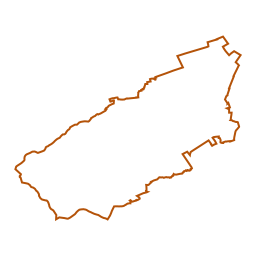 Sansimion, Harghita, Romania
{"feature_id": "2599482B56401198532515", "entity_name": "Sansimion", "entity_type": "district", "adm_level": 2, "iso_a3": "ROU", "parent_name": "Romania", "parent_adm1": "Harghita", "projection": "natural_earth1", "projection_center": [25.853, 46.241], "detail": "fine", "context": "isolated", "style": "outline", "palette": "amber", "viewbox_px": 256, "rotation_deg": 0, "n_neighbors": 0, "source": "geoboundaries", "source_scale": "gbopen_adm2", "svg_char_len": 5667}
<svg xmlns="http://www.w3.org/2000/svg" viewBox="0 0 256 256"><path d="M56.1,219.3L59.3,217.4L64.6,218.1L66.9,218.6L67.7,218.7L68.2,218.6L70.3,217.5L74.9,214.2L75.6,213.4L76.4,212.3L77.1,211.6L77.8,210.9L79.4,209.7L81.1,209.4L83.4,209.2L85.6,209.6L86.4,209.9L87.1,210.3L88.2,211.0L89.1,211.5L91.1,212.3L91.8,212.7L94.2,213.8L95.1,214.1L97.1,214.7L97.6,214.8L98.3,215.0L98.8,215.3L99.3,215.6L100.8,216.6L101.7,217.1L102.7,217.5L103.4,217.9L105.3,218.3L106.6,218.8L107.6,219.4L110.0,215.6L111.1,213.1L111.8,211.1L113.4,207.8L114.1,206.4L116.8,206.3L118.8,206.4L122.0,206.3L123.1,206.1L124.0,205.8L124.9,205.2L125.4,205.0L125.8,204.8L126.2,204.4L126.7,204.2L127.0,203.9L127.5,203.6L127.9,203.5L128.5,203.5L129.8,203.2L130.4,203.3L130.5,202.4L131.0,201.8L129.8,200.6L130.5,200.2L132.1,201.7L133.0,201.5L134.1,201.1L135.1,200.9L135.7,200.3L136.3,200.5L136.8,199.9L137.4,200.1L138.4,199.6L139.7,198.7L139.4,197.6L137.0,195.9L142.8,193.4L143.5,193.1L144.1,193.0L146.7,192.3L147.5,191.9L146.2,191.6L146.0,190.7L146.5,190.4L146.5,189.9L146.5,189.5L146.5,188.8L146.4,186.3L146.2,184.9L148.2,185.0L148.6,184.8L149.6,184.0L149.8,183.5L151.3,182.4L151.0,181.8L151.8,181.5L153.7,180.5L157.2,179.4L157.4,179.3L157.7,178.9L158.6,178.0L159.3,177.3L159.6,177.4L160.3,177.3L161.0,177.5L162.0,177.3L162.7,177.3L163.0,177.4L163.7,177.8L164.6,177.6L164.9,177.4L166.3,177.1L166.8,177.3L167.1,177.4L167.8,177.3L168.9,177.3L169.0,177.4L169.4,177.4L169.8,177.8L170.1,177.7L170.4,177.6L170.5,177.5L170.9,177.4L171.0,177.4L171.0,177.1L171.4,177.0L172.1,176.3L172.1,176.1L172.2,175.9L172.5,175.7L172.7,175.9L172.9,175.7L173.0,175.7L173.0,175.4L173.3,175.4L173.4,174.9L173.5,174.7L173.9,174.7L174.0,174.6L173.6,174.3L173.7,174.0L174.0,174.2L174.5,174.5L176.3,174.6L180.1,173.8L182.2,173.6L182.5,173.4L182.6,173.2L182.5,172.9L182.6,172.7L182.8,172.6L183.1,172.3L183.5,172.2L183.4,171.9L184.0,171.2L184.9,171.0L185.3,170.8L185.5,170.6L185.9,170.3L186.0,170.4L186.0,170.5L186.5,170.9L186.7,171.0L186.9,170.9L187.1,170.7L187.3,170.3L187.6,170.0L187.8,170.0L188.1,170.2L188.2,170.3L188.6,170.6L189.1,170.5L189.4,170.7L189.6,170.7L189.7,170.3L190.3,170.1L191.0,169.6L190.7,169.0L191.9,168.3L191.6,167.4L190.2,165.3L188.8,163.2L182.6,154.1L187.2,151.7L189.9,155.1L190.0,154.3L190.7,152.0L192.3,150.9L208.6,140.4L211.2,144.0L211.0,144.3L212.1,145.8L213.7,144.8L214.8,144.3L216.4,143.7L215.0,141.0L213.3,138.7L212.6,137.8L213.1,137.5L213.3,137.2L215.6,136.8L218.8,136.5L218.7,138.0L219.8,138.1L220.2,139.0L220.5,139.8L220.6,140.1L220.6,140.8L220.4,142.0L220.5,142.4L221.3,142.8L222.6,143.0L223.2,143.0L223.2,142.9L223.2,142.7L223.2,142.3L224.5,141.9L225.4,141.5L226.0,141.6L226.4,141.6L227.0,141.4L230.2,141.1L230.2,141.5L230.7,141.4L231.1,141.2L234.2,140.1L234.1,139.0L234.3,137.2L235.3,132.3L235.5,131.5L235.9,130.6L236.2,130.2L236.8,129.6L238.8,127.2L239.1,126.8L239.1,126.5L238.2,123.6L237.9,122.3L236.9,121.9L236.3,122.0L235.6,121.9L233.9,121.2L233.1,121.1L232.6,120.8L232.2,120.5L232.0,120.3L230.5,120.1L230.8,119.7L230.8,119.2L230.9,117.8L231.4,114.8L231.6,112.7L229.1,112.7L229.1,109.1L228.0,108.8L227.0,108.3L229.9,107.4L228.3,102.9L227.4,103.7L227.4,103.1L225.0,99.5L226.3,96.2L227.5,95.4L227.4,94.9L228.5,91.5L229.5,88.5L229.0,88.4L233.8,76.4L233.5,76.2L238.7,65.6L238.9,65.4L238.2,64.5L235.7,62.2L240.6,55.1L234.1,51.2L231.2,53.3L229.1,55.2L225.6,51.1L223.9,48.6L222.9,46.7L228.1,43.7L226.9,42.1L223.0,36.6L218.6,38.4L216.9,39.1L217.1,39.4L207.6,42.2L208.2,44.7L208.4,46.4L207.3,46.9L185.2,53.5L177.4,56.0L182.9,67.4L173.3,70.6L165.8,73.4L155.6,77.0L156.0,77.7L154.8,78.1L155.2,78.7L155.5,79.4L155.7,80.3L155.3,79.8L154.0,78.9L152.5,78.6L151.2,78.7L150.0,79.1L150.2,79.9L150.6,81.5L147.2,82.1L147.4,83.6L147.4,84.0L145.3,84.0L144.5,87.0L144.3,86.9L144.1,87.4L143.8,88.8L142.8,88.9L143.0,89.5L141.2,90.0L141.4,90.7L139.0,91.2L138.9,91.7L138.7,92.0L138.2,92.6L138.3,93.3L138.1,95.8L138.3,97.4L137.3,97.5L136.5,97.4L136.5,97.7L127.3,98.6L127.0,98.4L125.8,98.8L124.3,99.5L122.1,99.6L120.3,99.5L119.6,99.3L118.2,99.3L117.5,97.5L116.2,97.6L113.4,98.3L113.0,98.3L112.9,98.2L111.3,98.6L109.5,99.3L110.4,101.6L111.1,101.5L112.1,100.9L113.5,100.6L113.9,100.6L113.8,102.3L113.7,103.2L113.7,103.4L113.7,103.5L112.7,103.9L112.1,104.1L108.7,105.8L108.2,106.6L107.7,107.1L107.1,107.7L106.3,107.8L105.3,109.1L106.3,109.5L105.4,110.8L104.4,111.3L100.4,113.6L99.2,114.0L98.3,114.5L97.3,114.1L96.2,114.8L95.6,115.5L95.0,116.0L93.3,116.7L92.4,117.5L91.8,117.7L91.2,118.0L90.8,119.0L89.2,121.0L88.3,121.6L86.6,121.4L84.5,121.3L82.5,121.6L80.8,121.9L79.2,122.5L77.9,123.8L76.9,124.7L74.9,124.7L72.4,126.0L71.2,126.7L70.1,127.4L70.0,127.8L69.3,129.2L68.0,130.0L66.6,131.6L65.8,133.1L65.3,133.8L64.2,134.4L62.9,134.4L62.7,134.5L62.2,134.9L60.7,136.4L60.0,137.5L59.6,137.8L57.5,138.8L56.5,139.5L54.9,140.9L54.0,141.9L52.9,142.9L51.6,143.9L49.9,144.9L49.5,145.0L48.0,146.2L46.6,146.7L46.2,147.0L45.8,147.3L45.7,147.7L45.5,148.5L44.3,150.4L43.7,150.7L42.6,151.2L40.4,152.0L37.9,152.9L36.7,152.4L36.0,152.0L34.6,151.5L34.2,151.5L33.5,151.6L32.8,151.6L32.3,151.7L29.9,153.0L27.0,154.2L26.5,154.5L25.8,155.0L25.1,155.9L24.7,156.7L24.4,158.3L24.5,159.5L24.4,160.1L24.2,160.5L23.4,161.3L21.5,163.0L19.7,164.2L17.2,165.8L16.2,166.6L15.4,169.2L20.9,174.2L20.4,175.5L19.8,175.9L19.7,176.7L19.8,177.1L20.6,177.6L22.0,182.5L26.2,183.3L27.9,183.7L28.3,183.9L30.2,185.4L30.4,186.0L31.2,187.0L33.2,187.6L33.8,188.0L34.4,188.4L35.1,189.0L36.1,190.6L37.5,191.7L37.8,192.4L38.7,193.6L38.9,194.4L39.1,195.0L39.0,195.8L39.8,197.1L40.1,197.8L41.0,198.7L42.0,199.5L45.5,200.4L46.7,200.5L47.8,201.6L48.3,202.6L49.1,204.8L49.4,206.4L50.1,207.8L50.9,208.9L53.3,210.4L56.3,215.0L56.1,219.3Z" fill="none" stroke="#b45309" stroke-width="2"/></svg>